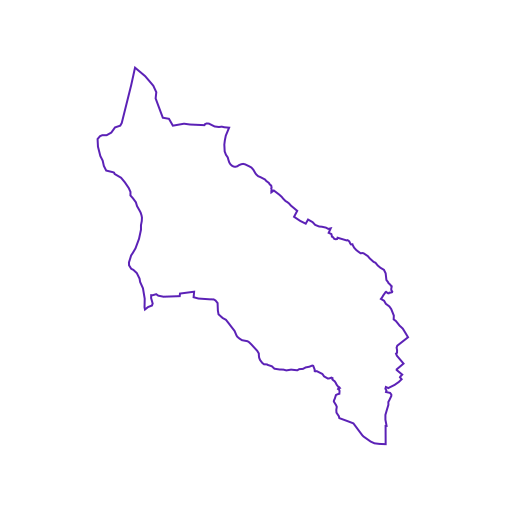 Ignesti, Arad, Romania (Mercator projection), rotated 292°
{"feature_id": "2599482B32304228605498", "entity_name": "Ignesti", "entity_type": "district", "adm_level": 2, "iso_a3": "ROU", "parent_name": "Romania", "parent_adm1": "Arad", "projection": "mercator", "projection_center": [22.177, 46.451], "detail": "fine", "context": "isolated", "style": "outline", "palette": "violet", "viewbox_px": 512, "rotation_deg": 292, "n_neighbors": 0, "source": "geoboundaries", "source_scale": "gbopen_adm2", "svg_char_len": 4186}
<svg xmlns="http://www.w3.org/2000/svg" viewBox="0 0 512 512"><g transform="rotate(292 256 256)"><path d="M381.2,85.9L385.3,73.3L382.8,73.7L380.5,74.1L367.5,76.3L329.0,81.7L326.0,81.3L322.4,77.1L316.2,75.6L312.1,72.3L310.4,68.2L308.7,66.5L305.1,65.3L298.2,68.5L290.4,74.2L287.0,78.1L282.5,81.2L279.1,85.1L280.1,91.9L280.1,93.2L279.1,94.2L278.0,101.6L275.2,106.8L271.3,112.6L268.4,115.6L265.1,116.9L263.4,120.3L260.8,124.5L257.7,127.0L254.7,130.8L253.0,132.8L250.7,134.7L248.8,135.9L245.6,137.0L241.5,137.8L237.3,139.5L228.1,141.1L217.9,141.4L212.6,140.6L209.7,140.0L206.5,140.3L202.5,140.6L199.8,141.8L197.4,145.1L197.2,147.5L195.5,151.9L191.4,156.5L188.5,158.3L183.7,163.3L174.7,168.8L170.8,170.3L167.6,171.5L166.8,171.8L164.8,173.1L167.1,174.4L168.3,175.1L171.1,178.1L173.2,178.0L177.7,174.5L180.4,173.5L180.8,174.7L183.2,177.8L182.6,180.2L183.6,185.5L190.2,200.3L192.7,199.6L199.7,212.0L194.4,213.6L195.0,218.6L198.6,229.6L199.9,233.0L199.6,235.1L198.0,238.0L191.1,241.1L187.9,243.1L186.0,248.3L185.6,252.0L183.5,255.7L181.0,259.9L178.5,264.2L174.9,267.8L174.1,269.0L173.3,271.4L172.7,274.5L173.8,280.1L173.5,281.8L172.2,285.0L168.5,292.7L166.7,295.1L164.9,295.9L162.9,297.0L161.2,298.6L160.3,300.0L159.2,301.9L158.6,304.0L159.6,306.8L159.4,307.5L159.7,312.0L158.4,315.3L159.6,320.4L160.9,323.9L161.3,327.0L163.8,331.1L165.5,337.1L167.3,338.5L168.9,341.8L171.3,343.8L173.3,346.9L175.5,349.2L175.6,350.2L172.6,353.0L171.3,353.5L171.2,354.0L172.0,355.5L171.5,361.7L170.5,363.3L169.9,364.1L169.3,368.6L170.2,370.1L171.5,371.5L171.4,372.7L170.2,373.0L169.6,374.6L169.4,375.7L168.9,376.5L168.2,377.5L167.2,378.6L166.6,379.4L165.6,381.2L165.5,382.4L165.1,383.0L164.6,382.1L163.4,381.9L163.1,383.2L162.2,384.0L159.5,384.9L158.3,383.3L157.0,382.2L153.2,382.5L151.3,382.4L150.2,382.7L147.7,386.1L146.4,387.4L143.4,388.1L140.9,389.3L138.5,392.8L136.9,394.0L137.2,403.2L137.3,409.0L133.6,415.1L129.6,421.7L128.9,423.3L128.1,426.7L126.9,431.8L126.7,436.0L128.0,440.8L130.1,446.7L147.0,439.8L147.4,440.7L152.7,437.3L157.2,435.5L162.1,435.0L167.6,434.5L170.2,433.4L172.1,433.6L176.9,433.9L178.2,433.4L179.3,431.6L178.6,427.5L180.2,427.3L181.4,425.7L183.2,425.5L183.1,428.2L184.0,428.9L188.4,432.8L192.7,435.6L196.3,437.2L197.5,434.9L198.3,435.0L200.8,436.0L203.0,429.1L203.6,428.9L211.5,433.1L216.3,424.0L217.9,422.4L219.1,423.0L221.5,422.1L223.7,420.7L225.8,420.6L227.7,421.7L237.6,427.4L240.7,423.3L242.4,421.0L243.7,419.2L244.0,418.4L244.6,416.9L244.8,416.3L245.0,415.7L245.1,415.4L246.6,412.8L248.1,410.1L248.8,407.4L252.4,406.1L254.9,403.7L257.5,401.2L259.2,398.5L260.3,394.3L262.5,391.5L263.0,387.9L264.0,388.2L265.9,388.6L267.0,388.7L271.1,389.7L271.5,390.0L270.9,392.2L271.1,393.1L272.0,393.4L272.4,394.5L273.4,395.7L274.0,395.7L275.2,394.1L276.6,393.6L278.4,393.3L278.9,393.0L279.0,392.1L279.6,391.5L280.6,388.8L281.2,388.3L282.6,385.9L283.7,385.3L288.5,382.7L291.1,379.8L291.7,375.8L292.8,372.4L294.5,369.3L294.6,367.2L296.4,362.3L297.8,359.7L298.8,354.8L298.6,353.5L297.7,352.0L298.4,349.1L299.1,346.7L300.5,343.8L302.6,341.3L303.0,341.0L302.3,339.7L302.9,338.7L304.5,337.0L305.0,335.0L304.4,334.2L303.5,324.8L302.7,324.9L302.1,324.8L301.4,323.6L301.2,322.1L301.9,321.1L302.4,320.0L302.4,319.1L303.5,318.5L304.6,317.6L304.7,314.7L309.6,314.9L308.2,312.9L308.5,310.2L307.8,306.0L307.0,303.5L307.0,299.2L308.6,295.8L309.3,290.6L304.6,290.0L305.1,283.8L306.6,276.6L313.3,277.3L315.8,269.5L317.1,266.9L317.7,264.8L318.0,262.8L319.3,259.8L320.5,257.6L321.6,254.6L323.4,248.0L320.8,246.4L322.2,245.8L323.2,245.8L324.4,244.8L325.3,244.8L327.0,243.7L327.5,242.0L328.6,240.5L329.4,237.4L330.3,235.7L330.8,230.6L330.8,228.1L331.7,225.7L332.5,224.4L335.0,221.2L336.3,218.6L336.6,216.2L336.9,211.6L336.6,209.6L335.6,208.0L334.0,206.3L332.1,205.0L330.9,203.3L330.6,202.1L330.6,200.3L331.4,198.0L332.7,196.2L334.8,194.4L336.8,192.9L338.6,190.2L341.2,187.8L347.4,184.9L351.5,183.8L356.3,182.9L364.9,183.0L363.5,178.4L363.1,175.8L361.7,173.3L360.6,169.1L361.1,162.7L360.4,160.6L359.1,159.3L358.0,159.2L355.0,150.7L353.2,145.6L351.7,139.7L346.7,131.7L345.7,130.1L350.6,123.9L349.3,117.8L364.5,103.9L370.5,102.2L375.4,97.0L379.8,88.6L381.2,85.9Z" fill="none" stroke="#5b21b6" stroke-width="2"/></g></svg>